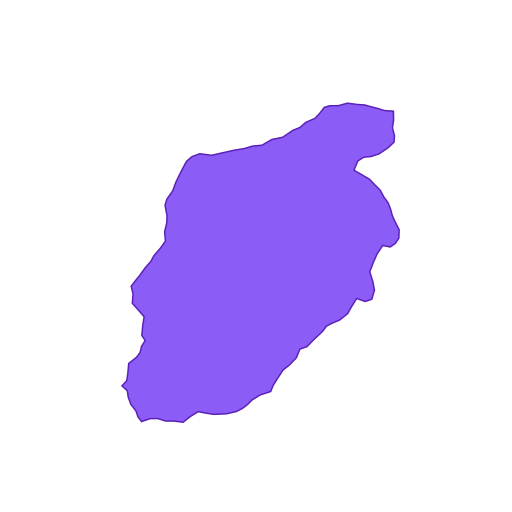 Mirassolândia, São Paulo, Brazil, rotated 222°
{"feature_id": "56859067B44957908487637", "entity_name": "Mirassolândia", "entity_type": "district", "adm_level": 2, "iso_a3": "BRA", "parent_name": "Brazil", "parent_adm1": "São Paulo", "projection": "albers", "projection_center": [-49.488, -20.597], "detail": "fine", "context": "isolated", "style": "filled", "palette": "violet", "viewbox_px": 512, "rotation_deg": 222, "n_neighbors": 0, "source": "geoboundaries", "source_scale": "gbopen_adm2", "svg_char_len": 1655}
<svg xmlns="http://www.w3.org/2000/svg" viewBox="0 0 512 512"><g transform="rotate(222 256 256)"><path d="M250.8,455.6L258.0,449.9L263.9,447.3L269.8,444.2L276.4,440.9L282.5,436.1L290.3,430.8L295.4,422.8L301.7,417.0L304.7,412.2L304.1,404.0L304.3,397.7L308.5,388.4L309.3,381.1L312.7,374.0L315.7,362.0L322.2,353.2L325.7,342.3L332.1,335.4L336.7,327.9L343.0,320.0L350.5,309.5L356.4,301.1L366.2,294.4L370.1,286.9L371.0,280.0L369.0,271.7L366.9,264.1L365.0,257.4L361.5,248.8L360.3,238.7L357.6,232.9L349.0,226.3L344.6,221.1L340.1,212.8L333.3,206.5L332.3,198.2L332.1,188.0L330.5,181.5L330.5,173.4L329.4,163.3L329.1,156.6L328.5,150.0L321.9,145.5L316.3,138.1L308.0,137.2L298.5,136.0L293.9,128.9L287.7,120.6L281.8,119.0L280.6,112.3L277.6,106.8L277.0,100.9L278.7,91.0L272.8,83.1L268.7,77.0L268.7,69.8L261.6,69.8L256.5,65.6L249.9,62.1L241.5,60.5L235.9,57.4L230.2,56.4L225.8,64.4L220.1,69.5L212.7,72.9L206.3,78.6L198.9,83.7L197.4,92.8L194.8,101.6L187.7,106.0L181.6,109.9L172.5,118.8L166.5,127.3L164.1,133.7L162.9,140.1L162.6,146.4L159.9,155.6L154.4,165.1L156.7,171.6L158.2,180.1L159.6,189.4L158.2,197.6L157.9,207.5L161.1,216.1L157.5,222.7L157.1,232.3L156.1,244.7L156.7,251.1L154.4,257.1L151.0,264.4L149.3,274.5L151.0,281.8L152.8,291.8L144.5,295.2L141.0,301.3L145.1,309.9L152.3,315.3L160.9,320.4L164.2,328.9L167.4,338.5L168.9,348.6L162.3,352.5L160.9,358.5L161.8,364.9L167.2,371.3L176.7,375.0L182.0,377.4L187.7,381.1L193.4,383.9L200.8,385.5L207.6,388.0L215.6,388.4L223.1,389.0L240.6,385.3L243.9,394.8L242.1,401.4L237.1,406.9L232.9,414.2L230.3,424.7L229.6,432.9L233.5,438.0L240.3,442.5L244.7,449.1L250.8,455.6Z" fill="#8b5cf6" stroke="#5b21b6" stroke-width="1.5"/></g></svg>